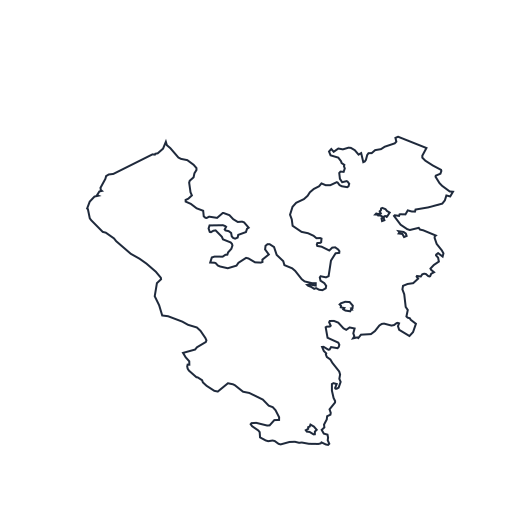 SVG path tracing the border of Oromiya, rotated 113°
{"feature_id": "ETH-3131", "entity_name": "Oromiya", "entity_type": "Administrative State", "adm_level": 1, "iso_a3": "ETH", "parent_name": "Ethiopia", "parent_adm1": "", "projection": "equal_earth", "projection_center": [38.367, 6.948], "detail": "fine", "context": "isolated", "style": "outline", "palette": "slate", "viewbox_px": 512, "rotation_deg": 113, "n_neighbors": 0, "source": "natural_earth", "source_scale": "10m", "svg_char_len": 6125}
<svg xmlns="http://www.w3.org/2000/svg" viewBox="0 0 512 512"><g transform="rotate(113 256 256)"><path d="M90.7,171.8L90.0,141.3L98.7,142.1L100.5,141.3L102.1,137.4L103.6,128.6L104.4,119.3L105.3,118.6L108.2,118.4L111.8,121.9L112.9,121.7L117.2,115.6L118.7,112.1L120.9,102.9L119.9,99.8L125.3,100.5L125.9,104.4L131.0,103.9L135.0,105.0L144.0,116.5L150.9,127.3L153.0,127.0L154.2,130.1L154.7,134.1L159.3,134.7L161.2,139.5L161.6,140.1L163.2,140.0L164.3,144.2L165.2,144.6L170.7,135.1L172.2,127.4L172.0,124.6L166.5,117.2L167.6,115.4L167.0,112.1L166.9,98.5L168.0,99.1L169.5,98.7L174.3,94.4L178.2,87.2L180.3,84.5L183.6,84.0L182.2,89.5L184.3,90.7L185.1,90.5L186.4,87.7L189.7,85.5L194.8,88.8L199.4,90.5L200.3,89.4L201.4,85.8L203.9,87.8L206.5,87.8L207.0,88.2L207.2,89.6L206.2,92.6L206.6,94.3L207.9,95.8L210.5,96.3L211.5,100.0L212.2,100.1L213.5,97.9L219.6,100.7L222.5,105.5L226.0,109.0L229.5,108.2L233.3,104.6L244.4,98.3L246.4,95.2L252.9,93.9L253.5,92.3L253.2,90.1L254.3,88.6L255.9,82.3L264.7,81.7L269.7,83.5L268.0,95.4L265.1,97.9L262.1,98.0L262.2,99.5L262.9,100.4L265.6,101.9L267.1,104.1L268.2,111.7L269.4,113.7L271.8,115.3L278.7,117.2L283.0,119.7L287.4,128.6L291.6,129.8L291.4,131.0L293.9,134.5L291.5,134.1L289.2,136.2L284.2,136.9L285.2,141.9L288.7,144.1L288.4,147.2L285.2,154.2L285.3,158.9L287.0,162.7L288.4,162.8L291.0,160.0L292.1,160.5L293.4,163.3L294.4,164.0L303.3,158.2L303.6,146.4L305.2,144.6L307.2,144.3L309.0,144.9L310.5,151.3L313.3,151.7L314.0,152.7L313.2,158.3L313.9,159.6L316.9,156.5L318.2,153.3L319.4,153.2L321.3,151.3L322.2,147.1L324.5,144.0L329.8,134.3L332.2,132.3L336.5,131.3L338.8,128.9L344.9,128.5L346.7,129.9L347.1,130.9L346.6,131.6L342.3,131.7L342.8,135.0L344.2,136.1L350.3,133.5L356.4,129.1L358.6,126.5L360.0,126.0L368.4,128.4L371.2,125.9L373.0,125.5L375.7,127.9L378.8,127.0L384.6,127.5L387.1,126.1L390.4,127.6L393.0,124.2L392.5,120.4L395.0,118.7L397.6,118.0L400.2,115.2L401.7,115.8L402.2,118.0L402.0,122.9L403.2,123.2L404.6,125.1L408.2,133.9L409.8,141.0L411.1,143.3L411.8,147.6L414.1,152.5L419.8,159.7L420.1,161.8L419.0,166.5L419.4,168.7L421.7,172.4L422.0,175.0L421.4,181.4L416.7,183.8L415.7,185.7L414.2,193.1L412.9,195.2L411.6,194.8L409.5,190.6L407.7,179.5L406.6,177.3L399.9,175.0L397.9,170.7L395.4,171.7L390.3,177.8L388.6,181.5L388.8,185.8L385.5,193.6L384.7,208.7L386.0,214.9L383.2,225.0L383.1,227.1L384.1,232.1L395.7,238.2L396.4,241.7L394.8,250.8L393.1,255.5L391.4,257.1L390.5,262.4L390.9,263.4L387.7,273.0L386.4,274.9L384.5,276.2L382.7,276.5L382.1,274.9L379.0,276.3L376.7,281.2L373.7,285.3L365.9,275.5L363.1,274.7L354.8,268.6L353.0,268.7L351.3,270.5L346.6,277.8L344.9,282.5L345.9,291.7L345.2,298.2L345.8,313.4L347.4,319.1L339.2,325.9L332.6,333.5L319.7,336.6L314.5,334.3L313.2,335.1L309.6,342.1L305.8,353.9L304.0,362.2L302.9,372.1L297.0,390.5L295.3,393.6L293.2,403.4L293.7,406.5L287.5,421.6L286.3,423.7L278.5,429.1L278.3,430.0L270.9,430.3L264.4,427.9L262.1,424.7L262.1,426.1L257.8,425.4L256.3,423.3L255.9,424.6L254.0,425.8L243.8,424.8L241.0,425.2L238.5,423.4L236.2,419.4L202.9,391.0L202.2,388.7L201.2,388.6L199.9,386.6L193.5,383.5L186.1,383.6L188.8,381.4L190.2,377.0L195.7,365.9L195.9,363.0L194.6,356.7L196.4,349.1L198.3,345.2L200.1,344.4L203.9,345.0L208.0,344.2L212.6,346.4L214.6,346.2L222.9,341.2L225.3,338.7L229.7,340.7L231.9,342.7L233.4,342.0L233.5,336.3L235.3,329.3L235.0,322.3L239.9,319.6L240.6,317.5L240.3,316.3L238.1,314.5L236.1,306.7L229.4,303.4L229.1,302.7L228.8,296.4L231.0,291.4L231.8,286.1L229.8,282.2L229.7,280.1L232.8,273.8L234.5,274.9L237.9,274.6L243.5,280.6L246.2,280.1L248.2,282.0L248.3,284.1L247.4,286.0L244.5,287.9L243.8,290.9L244.4,294.1L243.8,295.2L240.8,294.9L240.5,296.0L240.6,298.5L246.0,310.7L249.2,310.4L251.9,308.0L251.7,306.8L249.4,305.1L248.2,303.2L251.6,295.0L253.6,292.9L253.4,284.6L254.2,282.9L255.5,281.8L259.0,281.5L263.6,283.1L266.0,282.9L266.8,284.6L269.6,286.4L272.8,294.0L274.6,296.1L279.9,295.6L278.4,291.5L278.3,290.4L279.7,287.3L279.7,285.0L278.3,277.2L272.5,270.2L269.1,269.5L261.6,264.4L261.2,262.0L262.2,254.4L260.2,249.0L259.0,247.7L256.8,248.7L249.6,244.8L246.4,250.2L242.9,251.2L240.6,250.0L239.8,248.1L240.7,242.9L246.9,237.4L250.1,228.9L253.3,226.3L253.2,217.9L254.4,214.1L259.5,204.8L260.4,201.3L259.1,193.7L257.7,190.4L259.9,189.5L261.2,195.4L262.6,197.6L263.0,196.5L262.9,193.0L263.5,189.6L262.1,188.1L262.4,184.7L261.5,181.5L258.5,179.2L256.1,179.7L254.3,182.5L253.5,187.0L250.8,188.9L249.4,188.6L248.3,183.2L246.2,181.3L230.9,185.2L222.4,183.8L220.6,180.6L219.0,181.1L217.9,182.9L217.1,186.5L218.5,189.1L222.3,190.7L221.8,199.3L222.8,203.5L221.7,204.5L220.1,204.6L218.8,202.0L217.9,201.4L214.4,202.5L214.4,203.9L216.0,207.3L214.9,210.9L214.7,217.0L216.0,223.5L213.9,234.1L208.3,237.4L204.7,240.8L196.4,241.6L191.3,239.8L184.9,234.1L180.4,232.0L176.3,231.3L171.7,229.0L167.2,225.2L163.6,224.1L163.6,219.6L161.8,215.3L156.5,210.5L156.5,209.5L158.1,206.8L158.3,204.4L157.0,198.9L155.7,198.1L153.1,198.4L151.7,200.9L151.7,201.9L154.4,205.5L152.2,208.9L147.1,211.8L145.3,211.2L144.3,208.2L140.7,208.5L139.0,210.1L137.6,210.3L137.0,213.5L135.5,214.8L133.3,218.7L134.2,226.7L131.3,229.6L128.1,228.5L129.7,225.2L124.9,222.2L123.9,217.7L120.1,213.1L119.4,210.9L120.0,206.4L122.6,201.2L120.2,199.4L127.7,193.9L126.5,192.8L124.5,192.4L119.6,193.1L117.4,192.6L116.1,189.7L112.0,187.7L108.8,182.7L105.1,180.2L98.1,172.3L95.9,171.5L92.8,173.8L90.7,171.8ZM268.4,147.6L267.9,146.7L267.0,147.9L266.3,146.8L263.9,147.5L261.8,151.8L263.3,156.0L266.4,159.4L267.9,160.1L268.6,158.3L270.1,157.9L269.4,154.4L271.0,154.8L271.3,152.4L270.1,147.7L268.4,147.6ZM168.7,150.8L163.8,149.9L163.4,153.0L162.3,155.1L162.4,158.5L163.4,159.4L165.2,158.9L166.5,159.6L168.0,157.8L169.7,160.2L169.9,161.9L171.2,162.4L170.5,160.4L171.0,159.4L170.1,157.4L170.6,153.4L169.2,153.3L168.5,152.1L169.0,151.1L168.7,150.8ZM396.9,142.1L397.8,140.6L397.0,137.9L397.7,133.3L397.1,132.2L394.6,133.2L392.3,132.2L390.4,136.0L389.9,140.0L392.0,139.9L393.2,141.1L394.7,140.4L396.9,142.1ZM179.5,133.4L178.5,129.9L180.7,127.1L178.7,125.2L176.8,126.8L176.2,129.5L177.5,134.5L178.2,133.1L179.5,133.4ZM172.4,155.1L174.6,153.6L172.9,151.8L170.9,153.6L172.4,155.1Z" fill="none" stroke="#1e293b" stroke-width="2"/></g></svg>